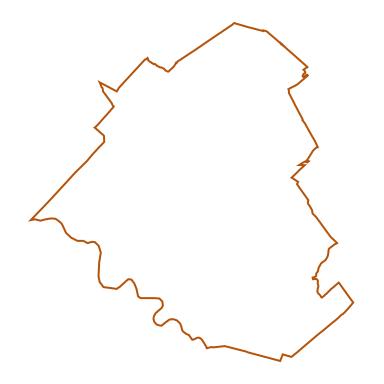 Costestii Din Vale, Dâmbovita, Romania (Albers equal-area conic projection)
{"feature_id": "2599482B66732417468011", "entity_name": "Costestii Din Vale", "entity_type": "district", "adm_level": 2, "iso_a3": "ROU", "parent_name": "Romania", "parent_adm1": "Dâmbovita", "projection": "albers", "projection_center": [25.499, 44.642], "detail": "fine", "context": "isolated", "style": "outline", "palette": "amber", "viewbox_px": 384, "rotation_deg": 0, "n_neighbors": 0, "source": "geoboundaries", "source_scale": "gbopen_adm2", "svg_char_len": 5420}
<svg xmlns="http://www.w3.org/2000/svg" viewBox="0 0 384 384"><path d="M338.7,282.6L335.3,285.5L333.6,287.1L331.4,288.7L329.5,290.7L327.0,293.1L326.2,294.0L325.3,294.5L324.5,295.5L322.9,296.8L322.3,297.3L321.6,297.5L321.4,297.3L320.8,296.3L319.7,294.7L318.9,294.0L318.2,293.4L317.6,292.2L317.3,290.7L317.6,289.7L317.8,289.4L317.8,288.1L318.2,287.3L318.4,286.5L318.2,285.2L317.8,284.2L317.7,283.4L317.9,281.7L317.8,280.5L317.4,279.9L316.7,279.2L315.9,279.0L313.0,279.2L312.6,277.6L313.5,277.3L315.7,276.5L316.2,275.9L316.1,274.0L316.7,272.8L317.8,271.6L318.1,270.5L318.5,268.3L318.8,267.5L320.5,264.4L321.1,263.4L322.5,262.2L325.2,260.4L326.2,259.0L327.3,257.0L327.9,255.5L328.2,253.7L328.4,252.1L328.5,250.5L328.7,249.5L329.1,248.6L330.2,247.7L331.6,246.7L333.2,245.4L334.6,244.4L335.8,243.8L337.1,243.2L336.8,242.7L335.4,241.4L333.1,239.2L330.8,237.1L329.3,235.1L326.5,231.3L322.8,226.2L319.4,221.5L317.9,219.5L316.1,217.0L315.8,216.7L312.6,213.6L312.0,210.0L310.7,207.8L310.6,207.5L310.2,207.0L309.8,206.0L308.4,204.4L308.3,204.0L308.0,203.3L307.9,202.7L307.8,202.1L308.4,200.3L305.0,195.5L302.0,191.3L299.6,187.9L297.0,184.1L298.1,181.9L292.4,178.1L291.6,177.7L293.4,176.0L294.2,175.2L294.8,174.7L296.0,173.5L296.5,173.0L297.4,172.1L298.2,171.4L298.9,170.5L300.9,168.7L302.0,167.7L303.0,166.8L304.7,165.1L302.3,165.1L301.3,165.0L301.1,165.0L299.3,165.0L301.9,163.3L304.9,161.6L307.4,162.4L308.7,161.2L306.6,160.5L308.1,158.7L308.7,157.6L310.0,155.6L313.0,150.7L315.3,148.5L316.6,147.5L317.1,147.4L317.8,147.1L317.4,146.4L317.3,146.2L316.5,144.4L315.0,141.3L312.8,137.4L312.6,137.1L308.9,130.6L305.0,123.5L302.4,120.1L302.6,119.8L302.7,119.5L302.5,119.1L302.1,118.3L300.8,115.8L298.8,112.1L295.9,106.5L295.3,105.6L294.4,103.6L293.2,101.2L292.1,99.1L290.9,96.9L290.4,95.6L289.9,94.9L289.5,94.1L289.0,93.2L288.9,92.6L288.9,91.6L289.0,90.9L288.9,90.3L288.7,89.7L288.4,89.2L289.2,88.7L290.3,88.1L290.9,87.8L291.5,87.5L294.1,86.2L295.2,85.7L295.8,85.3L296.2,85.0L297.4,84.4L298.8,83.2L299.8,82.3L301.0,81.3L301.6,80.8L302.5,80.0L303.3,79.4L303.8,79.0L304.3,78.5L307.8,75.6L307.4,74.9L306.7,74.9L306.1,75.1L304.7,76.3L303.6,76.9L303.1,76.8L302.6,76.2L302.7,75.7L303.4,74.5L303.5,74.2L303.6,73.8L304.6,73.3L305.3,72.9L305.3,72.5L304.8,71.1L304.2,70.2L303.5,69.8L304.4,69.0L305.2,68.5L307.4,67.2L307.5,67.1L307.2,66.8L293.1,54.3L293.0,54.2L292.8,54.0L292.3,53.5L292.0,53.3L288.2,50.0L284.1,46.4L283.0,45.5L282.7,45.3L283.2,45.3L281.8,44.0L280.3,42.7L280.1,42.9L277.6,40.7L277.0,40.2L269.0,33.4L268.4,32.8L267.7,32.1L266.9,31.6L266.3,31.2L265.4,30.9L264.7,30.7L264.2,30.6L263.5,30.4L263.5,30.6L263.4,31.1L248.4,27.2L236.6,23.8L234.2,23.0L232.2,24.8L230.6,25.9L226.3,28.8L223.4,30.7L221.3,32.2L218.4,34.1L215.3,36.2L209.1,40.4L203.8,44.0L201.4,45.7L198.9,47.4L193.6,51.0L192.5,51.7L189.3,53.8L184.9,56.7L181.0,59.3L177.6,61.5L176.7,62.9L176.2,62.6L175.9,63.2L175.3,64.3L174.5,65.5L174.0,66.3L173.5,66.8L172.6,67.8L171.0,69.2L168.6,71.4L168.1,71.7L165.3,70.4L164.7,69.4L164.4,69.2L164.1,68.8L163.7,68.7L163.3,68.4L162.9,68.2L162.6,68.0L162.0,67.7L161.5,67.5L160.5,67.4L159.9,67.3L159.6,67.2L159.3,66.9L158.7,66.7L158.1,66.4L157.7,66.2L157.3,66.1L157.2,66.0L157.1,65.7L156.9,65.5L156.7,65.3L156.2,65.2L155.8,64.8L155.5,64.4L155.2,64.1L154.8,64.0L154.1,64.1L153.7,64.2L153.4,63.9L153.3,63.7L153.1,63.5L152.8,63.5L152.4,63.3L152.1,63.2L151.8,63.0L151.6,62.9L151.3,62.6L151.0,62.3L150.7,62.2L150.3,62.0L149.8,61.6L149.4,61.4L148.7,60.7L148.1,59.9L147.9,59.5L148.0,59.3L148.0,59.0L147.9,58.7L147.7,58.3L147.5,58.0L146.3,59.2L144.9,59.6L140.2,64.7L119.0,87.7L116.8,91.4L112.0,88.9L110.0,87.8L104.5,84.9L99.7,82.4L100.0,83.0L100.3,83.6L100.8,85.2L101.5,87.0L102.4,87.9L102.8,89.4L103.1,91.6L104.2,92.9L110.8,101.9L112.0,103.7L112.4,105.0L113.0,105.9L113.6,106.2L113.7,106.7L113.2,107.3L111.8,108.9L111.1,109.7L110.7,110.2L109.9,111.1L105.8,115.8L104.9,116.7L102.4,119.5L100.0,122.3L99.1,123.3L96.7,125.8L95.2,127.3L94.7,127.6L101.3,133.4L102.1,134.0L103.6,135.4L104.0,136.1L104.2,142.0L101.6,144.7L98.2,148.2L96.1,150.5L92.6,154.3L91.0,156.2L86.9,161.1L76.5,171.3L76.3,171.6L76.0,171.8L69.8,178.5L59.3,190.0L47.6,202.6L45.7,204.6L30.8,220.1L35.0,219.3L40.5,220.7L45.2,219.4L48.1,218.9L51.2,218.4L55.5,218.8L57.9,220.4L61.2,223.1L62.7,225.6L66.0,232.8L71.2,237.7L77.5,240.9L83.3,240.9L87.7,243.1L91.9,241.8L94.8,242.1L98.7,245.8L100.8,252.7L99.2,262.4L98.5,276.2L99.6,281.8L103.5,287.1L111.8,288.2L116.5,288.9L119.7,286.9L125.2,281.9L128.3,279.2L131.4,279.6L134.3,283.4L136.5,288.9L138.1,296.4L140.6,298.1L146.8,298.1L153.5,298.1L159.4,298.5L162.3,301.5L162.9,305.6L161.7,307.9L155.8,313.0L155.7,313.1L154.2,315.6L153.7,317.2L153.5,319.0L154.2,321.6L156.4,324.3L158.8,325.3L161.5,325.7L165.5,322.5L169.5,319.5L173.5,319.2L177.1,320.5L180.1,323.5L181.5,327.0L182.0,329.6L182.9,331.4L186.1,333.8L189.2,335.2L189.4,335.8L192.3,339.8L194.5,339.2L196.9,337.9L198.7,337.6L200.7,338.5L202.0,339.8L203.6,342.3L205.1,344.8L206.4,346.8L206.7,348.2L210.7,347.2L211.3,347.2L213.9,347.3L215.9,347.1L224.7,346.1L228.3,347.0L238.4,349.6L245.9,351.5L246.6,351.7L247.7,352.3L257.9,355.0L278.1,360.4L280.2,361.0L282.7,354.4L291.4,356.9L296.7,352.7L302.6,347.6L311.3,340.2L319.0,333.7L322.0,331.4L322.5,331.0L323.0,330.6L333.6,321.7L334.3,321.3L338.4,317.8L340.3,315.9L341.3,315.0L342.0,314.5L343.5,313.5L345.0,312.0L349.7,306.8L353.2,302.5L350.4,298.7L350.2,298.5L341.6,286.5L340.1,284.3L338.7,282.6Z" fill="none" stroke="#b45309" stroke-width="2"/></svg>